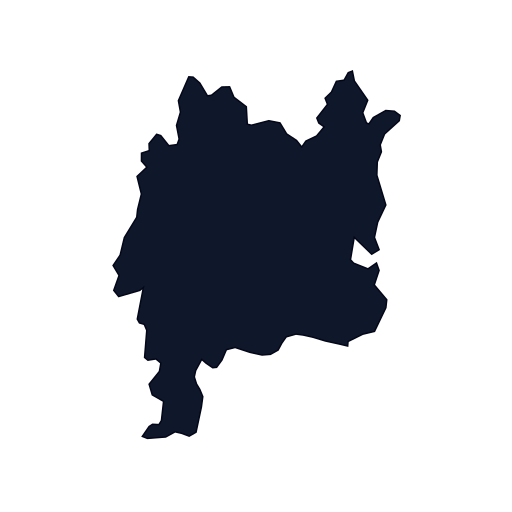 map outline of Worcestershire (Equal Earth projection), rotated 282°
{"feature_id": "GBR-2776", "entity_name": "Worcestershire", "entity_type": "Administrative County", "adm_level": 1, "iso_a3": "GBR", "parent_name": "United Kingdom", "parent_adm1": "", "projection": "equal_earth", "projection_center": [-2.174, 52.204], "detail": "fine", "context": "isolated", "style": "filled", "palette": "ink", "viewbox_px": 512, "rotation_deg": 282, "n_neighbors": 0, "source": "natural_earth", "source_scale": "10m", "svg_char_len": 1776}
<svg xmlns="http://www.w3.org/2000/svg" viewBox="0 0 512 512"><g transform="rotate(282 256 256)"><path d="M457.0,311.8L447.7,315.8L431.6,332.9L418.3,330.6L409.1,336.4L408.7,339.0L415.8,341.9L425.3,352.7L426.4,361.3L423.4,367.8L418.1,368.0L402.1,356.4L390.6,354.4L384.0,357.0L373.2,355.1L360.2,357.4L332.9,372.4L314.4,368.0L298.8,368.0L287.8,375.1L281.8,368.8L294.7,348.2L272.0,349.2L269.3,353.0L266.7,368.2L274.2,375.3L267.5,379.4L252.3,377.7L240.4,393.0L232.4,393.8L206.9,387.6L201.7,376.7L191.5,363.8L187.0,364.4L187.2,356.2L187.3,341.5L188.4,328.2L188.5,318.6L187.9,311.3L183.2,302.4L176.2,299.4L168.6,297.2L162.8,290.6L160.4,282.5L160.5,270.0L162.2,254.6L158.2,246.5L147.1,244.3L138.9,240.6L137.7,236.9L140.7,229.6L143.6,224.4L131.4,220.8L124.9,220.8L118.5,224.4L113.8,228.8L107.4,233.2L96.9,234.0L82.9,234.0L71.2,234.0L65.9,228.1L67.1,220.0L67.2,213.4L60.2,205.3L55.0,187.7L55.9,182.3L67.0,186.9L69.9,189.8L70.9,196.1L75.4,197.7L94.6,195.8L98.6,183.4L108.4,178.1L123.0,185.5L131.5,185.2L134.5,179.5L131.6,171.9L133.6,168.1L160.6,164.6L165.9,160.9L166.3,155.9L169.6,153.0L201.8,152.4L198.2,149.5L187.8,130.1L192.8,124.0L208.5,126.1L217.0,118.2L228.6,122.9L246.7,123.4L269.1,131.3L276.9,130.5L292.8,131.0L309.1,123.1L320.2,130.8L325.1,124.2L332.8,122.6L336.9,129.7L343.7,128.0L354.4,133.5L354.0,137.8L345.8,147.8L348.6,155.7L354.4,156.5L367.2,151.1L381.0,152.2L391.8,147.8L417.3,153.0L417.9,157.3L413.5,165.1L402.6,175.2L404.0,179.0L414.2,187.4L416.0,195.0L406.7,201.4L400.0,215.5L383.1,220.1L383.0,224.4L391.0,240.4L391.2,251.8L381.8,260.6L377.5,271.6L372.1,278.1L378.8,280.9L386.0,290.3L396.5,295.8L399.1,289.8L403.6,286.8L419.2,294.4L424.7,290.8L432.0,295.7L443.6,298.3L446.3,305.6L454.5,308.1L457.0,311.8Z" fill="#0f172a" stroke="#020617" stroke-width="1.5"/></g></svg>